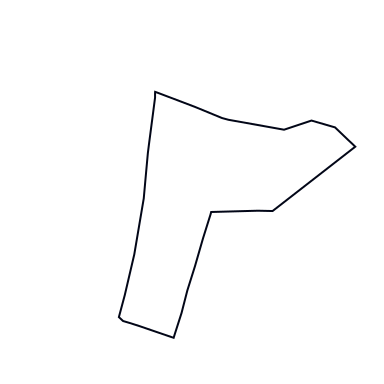 Paulis, Arad, Romania, rotated 311°
{"feature_id": "2599482B19247594544458", "entity_name": "Paulis", "entity_type": "district", "adm_level": 2, "iso_a3": "ROU", "parent_name": "Romania", "parent_adm1": "Arad", "projection": "natural_earth1", "projection_center": [21.5, 46.27], "detail": "fine", "context": "isolated", "style": "outline", "palette": "ink", "viewbox_px": 384, "rotation_deg": 311, "n_neighbors": 0, "source": "geoboundaries", "source_scale": "gbopen_adm2", "svg_char_len": 670}
<svg xmlns="http://www.w3.org/2000/svg" viewBox="0 0 384 384"><g transform="rotate(311 192 192)"><path d="M333.3,285.5L333.5,281.8L333.7,276.0L334.6,257.5L333.5,255.2L324.3,235.3L299.4,220.6L270.4,172.1L267.5,166.1L258.2,138.5L244.5,101.3L243.6,99.0L243.4,98.5L242.7,99.0L241.4,100.1L240.6,100.8L239.7,101.6L239.0,102.2L225.6,111.1L209.6,121.7L200.4,127.8L192.5,133.1L175.7,145.2L155.5,159.8L107.0,189.4L70.1,208.9L49.6,218.9L49.4,224.6L52.4,231.2L56.4,240.5L61.3,252.6L69.9,273.8L74.7,271.7L93.8,263.5L114.6,253.1L138.0,242.9L161.7,231.9L164.3,230.7L187.0,220.8L189.5,219.6L221.1,254.0L230.5,265.3L333.3,285.5Z" fill="none" stroke="#020617" stroke-width="2"/></g></svg>